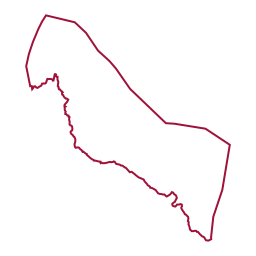 outline of Goma, Nord-Kivu, Democratic Republic of the Congo
{"feature_id": "63176286B45383896961526", "entity_name": "Goma", "entity_type": "district", "adm_level": 2, "iso_a3": "COD", "parent_name": "Democratic Republic of the Congo", "parent_adm1": "Nord-Kivu", "projection": "equal_earth", "projection_center": [29.189, -1.656], "detail": "fine", "context": "isolated", "style": "outline", "palette": "rose", "viewbox_px": 256, "rotation_deg": 0, "n_neighbors": 0, "source": "geoboundaries", "source_scale": "gbopen_adm2", "svg_char_len": 2899}
<svg xmlns="http://www.w3.org/2000/svg" viewBox="0 0 256 256"><path d="M211.2,239.2L211.1,237.0L213.3,216.8L222.3,189.9L229.8,144.8L205.5,128.7L174.3,123.7L165.9,123.2L130.1,88.9L115.9,68.5L109.5,61.1L98.0,50.6L86.0,32.8L74.8,22.3L46.0,15.4L42.1,21.5L38.4,28.9L33.0,41.8L28.9,54.0L26.2,66.2L30.2,86.2L31.0,86.0L32.0,86.3L32.0,88.0L32.2,89.2L33.1,88.1L34.1,86.4L35.2,86.3L36.1,87.4L37.6,87.9L39.2,86.7L40.7,86.0L41.5,85.2L42.0,83.7L43.5,83.4L44.1,83.6L45.1,83.5L46.1,82.7L46.7,80.6L47.4,78.9L49.0,79.1L50.9,78.9L52.5,79.5L52.8,80.6L53.5,80.5L53.9,78.6L54.4,75.7L54.8,74.2L55.7,74.2L56.2,74.9L56.0,76.3L56.8,76.9L57.5,76.9L57.5,79.8L58.3,81.8L58.1,83.9L57.9,84.9L57.8,86.2L58.6,87.0L58.7,88.4L59.0,89.3L60.0,89.5L61.2,91.0L61.8,91.3L62.7,92.3L62.0,92.9L62.2,94.6L63.2,95.1L63.8,96.6L65.1,98.0L65.7,98.6L66.6,98.5L68.2,99.6L67.8,100.7L66.6,102.5L64.7,104.6L64.4,105.8L65.5,106.6L64.6,107.1L64.8,110.1L65.3,111.0L65.7,111.7L65.3,112.7L65.3,114.0L66.2,114.1L67.2,115.4L68.5,115.6L68.6,116.8L69.5,117.1L69.2,118.5L69.1,119.9L69.7,121.7L69.5,124.3L70.4,125.4L71.5,125.6L72.1,126.7L72.4,128.8L72.2,130.3L71.1,131.1L70.6,131.7L70.7,132.9L71.5,134.1L72.8,135.1L73.7,136.7L74.3,136.8L75.0,138.3L75.4,139.7L75.3,141.1L75.1,142.5L74.5,144.1L74.7,145.7L74.9,146.8L75.4,147.5L75.9,147.8L77.3,147.4L78.7,147.5L79.4,148.1L79.9,148.8L80.4,149.2L81.0,149.7L81.4,149.9L81.9,150.6L82.6,151.9L83.4,151.6L83.9,152.1L85.7,153.6L86.7,153.9L86.9,155.0L88.3,156.1L89.2,156.9L89.9,157.7L91.4,158.8L92.8,159.7L93.6,159.9L94.0,160.7L95.8,160.7L97.4,161.2L99.0,161.5L100.5,161.7L100.4,162.5L100.7,163.2L101.6,162.8L102.7,163.2L104.0,163.2L105.1,163.1L106.5,162.8L108.1,162.4L109.7,161.9L111.3,162.2L113.1,161.9L113.7,161.4L114.7,161.8L116.2,163.9L117.6,164.2L118.7,164.4L119.9,164.7L120.9,165.5L121.7,165.5L122.7,165.8L124.9,167.5L125.6,167.6L126.5,168.5L129.8,172.2L131.7,171.8L135.0,174.4L135.9,175.3L136.7,175.8L137.7,176.7L138.9,177.5L140.6,178.2L143.7,179.5L144.3,180.9L145.5,182.4L147.0,184.0L147.7,185.2L149.2,186.1L149.9,186.6L150.2,187.7L152.0,188.0L153.1,188.6L154.4,189.3L155.7,190.1L158.1,193.3L159.6,193.9L161.6,194.1L163.1,194.6L164.1,194.4L165.0,195.0L166.0,196.1L166.8,196.5L169.9,194.6L171.1,193.3L171.9,192.1L173.3,192.7L173.9,194.0L175.5,195.0L176.3,196.1L176.8,198.0L175.4,200.7L174.9,201.8L173.8,202.5L173.3,202.9L172.8,203.3L172.4,203.7L172.2,204.1L172.7,205.7L173.8,206.2L175.1,206.6L175.8,206.1L176.7,205.0L177.0,204.6L179.2,204.5L180.6,204.1L181.8,204.6L182.0,206.1L181.3,207.5L181.5,208.7L183.0,211.1L184.2,212.7L184.8,214.2L185.9,214.6L187.0,215.8L188.0,216.7L188.4,218.4L187.9,221.2L188.7,222.1L188.5,224.5L189.0,225.3L189.8,228.3L189.9,229.5L190.8,230.2L191.6,231.1L193.5,231.1L194.7,230.8L196.2,230.9L196.9,231.9L198.0,231.9L200.0,234.4L200.6,234.8L201.6,235.9L202.7,236.6L203.6,236.8L204.5,237.8L205.6,239.7L206.1,240.3L208.5,240.6L211.2,239.2Z" fill="none" stroke="#9f1239" stroke-width="2"/></svg>